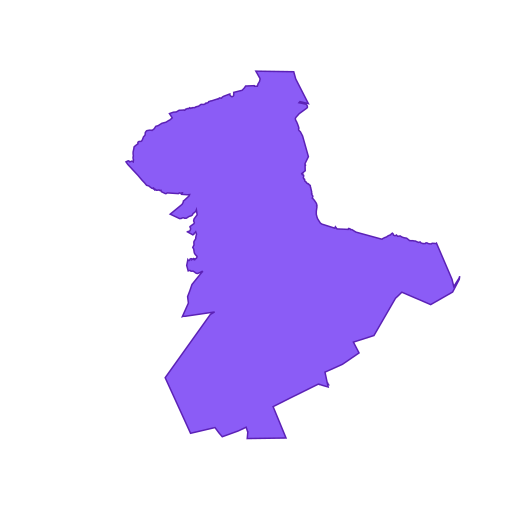 Peñamiller, Querétaro, Mexico, rotated 55°
{"feature_id": "50627088B47051465612575", "entity_name": "Peñamiller", "entity_type": "district", "adm_level": 2, "iso_a3": "MEX", "parent_name": "Mexico", "parent_adm1": "Querétaro", "projection": "natural_earth1", "projection_center": [-99.898, 21.09], "detail": "fine", "context": "isolated", "style": "filled", "palette": "violet", "viewbox_px": 512, "rotation_deg": 55, "n_neighbors": 0, "source": "geoboundaries", "source_scale": "gbopen_adm2", "svg_char_len": 5931}
<svg xmlns="http://www.w3.org/2000/svg" viewBox="0 0 512 512"><g transform="rotate(55 256 256)"><path d="M104.5,150.1L111.6,150.8L111.7,150.7L113.4,151.1L114.2,152.1L115.0,152.9L116.2,155.6L117.7,157.5L116.1,159.9L115.5,159.7L110.8,167.0L111.7,169.3L112.3,172.3L109.2,180.4L109.8,180.6L110.5,181.4L111.5,182.0L111.9,182.6L112.0,183.2L111.8,184.3L111.5,184.6L110.0,185.1L109.0,185.0L108.3,184.5L108.1,185.1L106.6,191.0L106.5,192.2L106.6,192.9L106.9,193.5L106.9,193.9L106.0,194.7L105.5,195.4L105.8,196.6L105.3,197.2L105.4,197.7L105.1,198.0L103.4,203.5L102.9,204.4L102.7,205.6L102.4,206.1L102.4,206.3L102.7,206.7L102.8,207.1L102.9,207.5L102.8,207.8L102.0,209.5L102.3,209.6L102.0,211.7L100.3,214.0L100.3,216.3L100.4,217.4L99.9,218.0L99.8,218.7L99.6,218.9L99.5,219.1L99.6,219.4L99.2,220.1L99.4,220.4L99.3,220.6L99.4,220.9L99.2,221.2L99.1,221.6L98.5,222.2L98.3,222.5L98.1,222.8L98.0,223.2L98.2,223.5L98.0,223.9L97.6,224.1L97.4,224.3L97.5,224.6L97.6,224.9L97.3,225.3L96.9,225.4L96.5,225.4L96.5,225.9L96.5,226.9L96.1,227.3L95.8,227.7L95.7,228.0L95.8,228.6L95.4,229.3L95.3,229.7L95.5,230.2L95.8,230.7L95.5,231.2L94.8,231.6L94.2,232.8L92.5,235.4L92.3,238.6L90.8,241.2L89.7,245.2L94.8,245.4L95.2,249.0L95.0,249.3L94.9,250.1L94.8,252.9L93.3,257.0L93.1,261.2L92.8,262.3L92.4,263.3L92.3,263.7L92.4,264.0L92.9,265.2L93.4,266.5L93.5,268.8L93.5,269.2L92.9,269.5L92.6,270.0L92.4,270.4L92.0,270.8L91.8,271.1L90.9,273.1L90.7,273.6L90.8,274.4L91.3,275.7L91.6,276.1L92.9,277.1L93.5,278.0L93.8,279.7L94.6,280.9L95.6,282.4L96.2,283.8L96.1,284.5L95.6,285.3L95.1,286.0L95.0,286.6L95.0,287.1L95.5,287.9L96.4,288.3L96.4,290.2L96.5,291.8L96.7,293.3L98.0,294.5L100.3,297.0L101.7,298.0L102.7,298.6L103.8,299.1L104.4,300.0L106.1,301.0L107.0,301.2L108.5,302.6L107.1,303.2L106.5,305.4L105.2,305.6L104.7,306.1L104.3,308.5L107.4,308.5L114.8,307.5L122.4,306.4L124.8,306.2L128.4,305.9L132.3,305.3L135.3,305.1L137.1,303.6L138.0,303.4L140.7,302.5L141.2,302.0L141.5,301.0L142.4,301.5L143.1,300.5L144.0,301.0L144.4,300.0L145.1,299.8L146.1,298.1L146.2,297.6L147.4,297.1L147.6,296.2L149.1,296.6L153.0,294.4L153.4,293.7L153.4,292.5L160.4,283.8L160.3,282.6L161.1,282.1L162.0,280.2L162.8,281.6L166.7,276.8L167.6,275.1L168.4,276.3L169.3,283.0L169.3,284.0L170.2,284.7L171.3,286.9L172.5,302.3L181.6,297.1L182.4,295.7L182.5,294.5L183.2,293.3L184.2,292.8L185.1,291.3L185.2,288.2L185.9,286.0L185.9,284.5L185.1,283.2L185.1,281.6L184.9,279.8L183.9,278.3L188.5,280.6L190.1,285.5L191.5,287.0L193.3,287.4L193.9,288.2L194.0,293.2L194.3,293.4L194.8,293.6L195.7,293.6L196.9,294.7L197.5,295.7L197.3,296.6L197.3,297.1L196.9,297.7L196.9,298.3L202.5,295.6L202.5,294.2L201.9,293.7L202.0,292.8L201.6,291.5L204.0,292.2L206.2,294.7L207.3,295.5L208.2,297.8L208.8,298.8L211.4,300.5L212.7,302.9L214.5,303.0L217.5,304.5L218.8,304.9L220.7,304.8L222.4,304.5L223.4,305.5L223.7,306.2L223.5,306.9L223.9,308.1L223.5,308.1L223.5,308.8L223.1,309.0L222.6,308.3L222.2,308.6L222.2,310.4L221.8,310.0L220.9,310.7L220.7,311.9L221.4,312.7L221.4,313.4L220.9,313.9L219.9,313.9L224.0,318.2L229.3,320.1L229.6,319.1L230.0,318.3L231.1,318.0L231.7,317.2L232.2,316.3L233.9,315.5L235.2,315.2L236.1,314.7L236.9,313.8L237.1,312.6L237.5,310.6L237.5,309.7L237.7,308.9L238.2,308.9L238.2,309.4L242.6,324.8L246.5,330.1L250.0,335.3L255.8,338.4L263.4,351.1L263.8,349.9L264.7,348.7L278.1,322.0L277.7,326.9L303.6,400.2L323.7,403.9L363.7,411.3L373.0,388.0L379.8,387.8L384.7,387.3L389.1,371.0L390.6,362.3L395.0,363.6L395.3,363.5L400.5,367.9L422.3,335.8L389.2,328.4L391.9,309.7L396.7,278.4L396.9,278.2L396.9,278.3L397.6,277.8L397.5,277.7L400.4,275.5L404.7,272.0L402.5,271.1L403.0,270.4L402.8,270.4L402.5,270.6L402.0,270.9L401.8,270.8L401.9,270.7L401.7,270.3L401.5,270.1L400.8,270.4L390.7,266.1L394.3,247.2L394.5,227.2L382.4,225.6L388.8,205.0L370.6,165.9L370.3,163.4L369.3,157.3L396.0,140.8L398.3,115.6L391.7,102.9L389.4,100.7L390.7,102.5L394.4,111.5L387.5,108.8L349.0,100.8L349.1,101.4L348.1,102.5L346.6,104.4L346.6,105.5L345.4,107.1L344.3,108.0L343.5,108.3L342.7,109.2L342.9,110.2L342.4,111.0L342.0,111.3L341.8,112.0L340.9,112.6L339.9,113.4L338.6,113.5L338.0,115.2L335.1,116.9L334.2,118.1L333.5,118.6L332.5,120.1L331.4,121.4L330.8,121.5L327.8,122.4L325.8,124.4L324.1,125.6L322.1,126.5L321.9,127.6L321.3,128.1L321.1,128.7L320.7,128.8L319.5,128.9L319.4,128.9L319.3,130.0L318.8,130.8L317.8,131.4L316.7,131.0L315.5,131.2L315.5,132.5L315.9,133.7L315.5,134.7L315.2,136.8L315.3,138.2L314.9,139.3L314.5,141.5L314.4,143.0L314.5,143.2L293.8,160.4L289.4,162.3L288.5,163.5L288.1,163.3L287.7,163.4L287.2,163.8L286.6,164.2L286.6,164.5L287.1,165.2L280.3,174.1L277.6,174.2L278.4,175.5L267.7,183.7L266.5,184.2L265.8,184.4L261.0,184.2L259.1,183.7L256.4,182.7L253.9,180.9L250.6,177.8L249.8,177.7L249.6,177.1L247.7,176.4L246.6,176.3L244.4,176.3L244.1,176.2L243.4,176.3L242.5,176.4L241.3,176.5L240.9,176.7L240.2,175.8L240.1,175.7L239.6,175.1L239.0,175.1L237.0,174.9L236.9,174.4L236.2,174.2L235.4,173.7L235.2,173.5L234.6,173.3L232.1,172.3L231.5,172.0L230.8,171.9L229.6,171.2L229.2,171.1L228.9,171.3L228.3,171.5L227.9,171.5L227.6,171.6L227.2,171.6L226.9,171.7L226.7,171.8L226.8,172.0L226.6,172.1L226.1,172.2L226.0,172.3L225.7,172.5L225.1,172.6L224.6,172.6L224.4,172.5L224.1,172.5L223.8,172.7L223.5,172.8L223.1,172.9L222.9,172.9L222.7,173.0L222.1,172.8L221.6,172.4L221.2,172.5L220.7,172.2L220.4,172.4L220.0,172.6L219.0,172.3L218.2,171.4L217.3,170.7L217.0,170.9L216.4,170.8L215.8,171.1L215.8,171.4L214.7,171.3L214.6,170.8L214.9,169.8L214.6,169.8L214.4,166.8L210.0,163.9L210.2,163.6L210.0,163.3L209.8,163.3L209.5,163.5L208.4,162.8L204.7,156.1L184.4,149.0L179.7,148.4L177.7,148.8L176.3,148.3L175.9,147.5L175.2,147.3L174.4,147.0L172.2,146.4L171.5,146.2L170.4,146.0L169.6,145.8L168.6,145.7L167.4,145.6L165.9,144.9L165.4,144.0L165.1,142.8L164.2,139.1L164.0,129.5L163.8,128.8L163.5,128.4L162.6,128.0L161.9,127.8L161.1,127.9L160.2,128.1L155.1,132.9L154.7,131.4L161.2,125.7L133.7,121.9L126.7,119.4L104.5,150.1Z" fill="#8b5cf6" stroke="#5b21b6" stroke-width="1.5"/></g></svg>